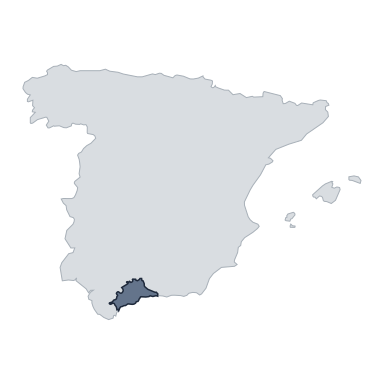 Spain, with Málaga highlighted
{"feature_id": "ESP-5834", "entity_name": "Málaga", "entity_type": "Autonomous Community", "adm_level": 1, "iso_a3": "ESP", "parent_name": "Spain", "parent_adm1": "", "projection": "albers", "projection_center": [-4.853, 36.787], "detail": "fine", "context": "in_parent", "style": "filled", "palette": "slate", "viewbox_px": 384, "rotation_deg": 0, "n_neighbors": 0, "source": "natural_earth", "source_scale": "10m", "svg_char_len": 5087}
<svg xmlns="http://www.w3.org/2000/svg" viewBox="0 0 384 384"><path d="M203.0,75.9L203.1,77.0L205.1,79.1L211.0,80.2L212.5,81.0L212.3,84.0L211.0,86.6L212.3,87.7L213.7,87.6L215.3,85.5L215.7,86.8L218.4,88.0L224.4,90.1L228.5,90.2L233.0,94.7L240.0,93.5L246.4,97.6L252.3,96.3L253.7,97.1L262.8,96.7L263.1,93.1L264.1,91.5L280.3,95.6L282.4,98.6L282.1,100.2L283.2,103.7L285.3,103.5L289.3,101.2L294.9,103.3L296.5,105.4L297.7,105.5L301.6,103.0L312.8,104.8L313.1,103.0L313.8,102.5L318.3,100.5L320.2,100.0L326.2,100.7L327.1,102.7L328.3,103.4L328.9,105.2L325.6,106.5L325.4,109.6L327.8,112.1L328.4,116.5L322.9,122.8L306.6,134.0L301.4,140.3L288.8,144.2L275.8,149.4L268.4,157.8L270.5,158.3L273.0,160.8L272.3,162.0L268.9,164.1L265.8,164.8L260.5,174.8L253.0,185.2L250.2,189.9L244.4,201.9L244.5,205.3L248.2,216.8L250.2,219.8L252.9,222.2L257.9,224.2L259.2,226.3L257.6,228.4L252.9,232.3L244.7,237.6L241.3,241.7L240.7,245.5L238.3,247.3L237.6,252.6L234.5,260.0L234.3,262.0L237.1,264.5L234.5,266.3L221.4,267.4L213.4,273.5L209.4,278.7L206.0,288.2L201.6,293.9L199.7,295.0L196.5,292.7L192.6,292.4L188.8,293.3L186.9,295.3L183.8,296.4L180.8,295.6L174.3,295.2L171.4,295.3L166.8,297.0L162.9,296.0L156.4,295.5L142.1,296.9L140.3,297.5L134.0,303.9L127.1,304.0L120.9,306.6L116.6,312.8L115.8,316.1L114.6,315.3L113.6,315.6L113.1,318.1L108.7,319.6L103.9,317.5L99.8,314.4L97.7,314.2L94.3,309.3L92.9,306.3L91.9,303.0L91.9,300.6L88.8,299.3L88.1,296.2L90.4,292.3L93.4,290.2L90.6,290.3L88.6,292.8L86.1,288.8L76.0,280.7L76.6,277.9L74.8,280.0L73.6,280.5L68.4,280.0L62.3,280.8L60.1,267.4L61.8,262.7L68.7,253.7L73.0,252.6L74.8,247.9L70.9,248.0L65.0,238.8L66.8,230.4L73.0,224.2L74.1,221.6L74.4,219.3L73.3,217.6L70.0,216.6L66.7,209.8L66.1,205.6L63.4,203.2L61.2,199.0L63.3,198.5L71.8,198.6L73.9,197.6L75.5,194.9L77.2,190.4L77.7,187.6L74.4,183.5L74.3,182.7L74.8,181.4L80.1,177.1L79.1,173.7L80.1,166.8L79.7,162.8L79.2,159.5L77.6,155.1L78.7,153.4L81.4,152.0L83.6,148.5L86.8,145.6L90.9,143.3L95.7,138.3L94.9,136.0L93.3,134.6L87.6,133.5L87.2,132.5L87.3,126.9L85.9,124.6L83.8,124.9L80.6,123.8L79.8,124.4L75.7,124.2L72.9,123.1L71.7,123.9L71.3,125.9L66.4,127.8L63.8,127.6L59.4,125.8L54.3,126.2L53.7,125.8L49.4,127.9L48.0,127.9L46.3,125.1L48.8,121.2L46.8,117.3L45.5,117.2L37.5,119.6L32.7,123.1L30.9,123.5L30.3,122.8L30.3,117.6L35.3,112.3L32.3,111.8L32.5,110.2L34.5,107.7L32.6,105.7L32.9,100.2L28.5,101.8L27.4,101.5L27.4,99.2L30.3,94.9L27.5,94.2L25.5,92.5L23.0,88.7L23.1,86.8L24.7,82.3L28.5,80.4L32.3,77.4L37.3,78.2L44.9,75.9L47.5,74.6L47.5,72.7L46.6,71.2L47.5,70.0L53.6,66.4L57.3,66.1L61.1,64.4L63.5,65.7L65.7,65.3L68.2,66.8L71.4,70.2L76.2,71.6L80.1,70.7L99.8,70.7L105.4,69.2L109.8,71.2L118.2,72.3L123.2,74.0L137.3,76.8L142.3,76.8L152.5,73.9L155.3,74.6L159.4,73.2L161.3,73.4L163.9,75.3L172.9,77.8L175.2,75.5L177.0,75.0L183.4,76.2L190.0,78.9L193.4,79.0L198.3,78.1L203.0,75.9ZM331.8,187.3L334.3,188.2L336.8,187.0L338.2,187.2L339.6,187.6L340.1,189.6L335.5,200.3L331.3,203.5L326.8,201.6L324.2,201.3L323.3,200.5L322.5,197.3L321.2,196.3L319.5,196.0L316.3,198.8L315.1,197.2L313.5,197.0L312.8,196.0L312.7,194.7L322.5,185.9L325.4,183.9L331.7,181.3L332.7,181.6L331.9,182.8L332.9,183.9L331.8,187.3ZM361.0,180.5L360.2,183.4L352.1,180.4L349.5,180.2L348.9,179.6L348.9,176.8L354.0,175.9L358.4,176.9L361.0,180.5ZM290.7,219.1L289.9,221.2L286.0,220.7L285.1,220.0L285.8,217.6L286.9,217.3L286.8,215.7L287.9,214.0L293.3,212.3L294.7,213.3L295.0,214.9L292.0,218.6L290.7,219.1ZM295.1,227.0L294.5,227.4L290.3,227.3L290.1,226.0L290.8,224.1L292.5,225.8L295.0,226.0L295.1,227.0Z" fill="#d9dde1" stroke="#a8b0b8" stroke-width="1"/><path d="M157.7,296.2L157.0,296.0L156.1,295.7L154.7,296.0L152.9,296.5L150.3,295.8L149.7,296.0L148.9,296.6L146.6,296.9L145.9,297.0L141.2,296.7L140.7,296.8L140.4,297.1L139.7,298.4L139.5,298.7L139.1,299.1L138.9,299.6L138.8,300.1L138.0,301.4L136.3,301.7L135.6,303.1L134.7,303.7L134.4,303.8L133.9,304.1L132.8,304.3L131.7,304.3L128.6,303.9L128.0,303.9L127.7,304.0L127.4,304.2L125.6,305.5L123.7,305.7L122.5,306.4L122.2,306.5L121.2,306.7L120.8,306.8L120.5,307.0L120.1,307.5L119.4,308.8L119.4,309.1L118.9,310.3L118.7,310.8L118.0,309.4L116.9,309.8L116.5,307.5L116.0,306.3L115.0,305.2L114.4,303.8L114.1,303.5L113.7,303.3L112.8,303.3L111.8,303.7L110.8,304.3L110.3,304.2L109.9,304.1L109.5,303.8L109.3,303.4L109.5,302.9L111.9,302.1L112.6,301.6L112.9,301.3L113.4,300.4L113.6,300.2L115.3,299.6L116.0,299.2L116.5,298.6L116.9,296.5L117.5,295.8L117.6,295.2L116.6,294.0L116.4,293.3L116.6,292.9L117.4,292.0L117.8,291.8L118.5,291.8L120.3,293.2L121.2,293.2L122.0,292.8L122.6,292.0L123.1,291.1L123.2,290.1L122.9,289.1L121.7,287.5L127.6,283.9L128.0,283.2L126.8,282.5L126.6,282.1L126.7,281.9L126.9,281.8L127.2,281.7L127.5,281.7L128.6,282.2L128.9,282.1L129.1,281.9L129.3,281.4L129.6,281.3L130.8,282.4L131.3,282.3L132.3,281.7L132.7,281.2L132.8,280.6L132.4,279.6L132.8,279.1L134.5,279.2L135.6,279.2L136.0,280.3L137.5,280.7L139.1,279.7L140.0,278.5L141.6,278.5L141.9,280.5L143.1,280.9L143.3,281.4L144.2,283.6L144.3,285.7L144.5,286.3L144.9,286.8L147.8,289.3L155.1,292.3L156.3,292.2L157.9,294.0L157.6,295.2L157.7,296.2Z" fill="#64748b" stroke="#1e293b" stroke-width="1.5"/></svg>